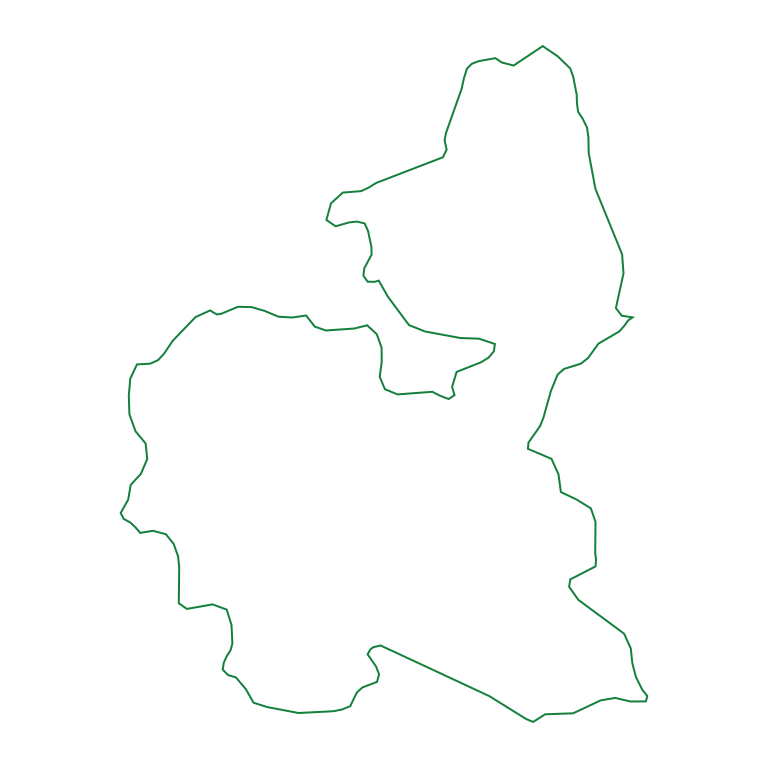 Bauchi, Albers equal-area conic projection
{"feature_id": "NGA-2858", "entity_name": "Bauchi", "entity_type": "State", "adm_level": 1, "iso_a3": "NGA", "parent_name": "Nigeria", "parent_adm1": "", "projection": "albers", "projection_center": [9.972, 11.0], "detail": "fine", "context": "isolated", "style": "outline", "palette": "green", "viewbox_px": 768, "rotation_deg": 0, "n_neighbors": 0, "source": "natural_earth", "source_scale": "10m", "svg_char_len": 2226}
<svg xmlns="http://www.w3.org/2000/svg" viewBox="0 0 768 768"><path d="M630.5,701.5L615.2,697.9L600.6,700.4L573.2,713.3L545.1,714.3L533.2,721.9L526.3,719.1L489.3,696.1L380.6,645.5L373.6,647.1L370.5,649.2L367.6,654.3L376.1,666.6L379.1,674.5L377.0,681.9L362.5,687.4L356.9,692.4L350.2,706.2L342.3,709.4L333.7,711.2L298.6,713.0L267.3,707.1L253.5,702.7L245.9,689.2L236.0,677.5L228.0,675.0L222.7,669.6L223.8,662.6L226.8,656.1L230.6,650.1L232.4,643.4L231.5,625.0L226.7,609.6L212.6,604.4L186.9,608.9L178.8,603.3L179.2,567.4L178.1,556.4L173.7,544.0L165.9,534.2L152.9,530.8L140.2,532.9L135.5,527.4L130.3,522.5L123.7,518.9L120.7,513.0L128.2,499.6L130.7,484.9L140.9,473.8L147.2,459.1L145.7,443.6L135.6,431.4L129.4,414.3L128.8,395.5L130.3,378.6L137.0,364.4L150.2,363.7L158.1,360.1L164.1,353.6L172.8,340.7L195.5,317.1L210.2,310.4L213.5,312.6L217.3,314.5L221.4,313.7L238.0,306.8L251.5,307.1L264.6,310.9L278.4,316.7L292.4,317.5L306.1,315.5L314.8,326.6L325.9,330.5L354.4,328.5L367.1,325.3L376.8,334.2L381.6,347.8L381.7,362.3L379.7,376.8L384.9,389.2L397.5,394.4L432.3,391.8L440.0,395.7L448.6,399.0L454.5,395.2L452.1,387.0L456.6,371.9L481.0,362.3L488.6,357.6L493.9,351.3L494.9,344.0L479.0,338.7L460.2,338.0L425.1,331.5L409.0,325.1L387.9,296.7L378.7,280.6L374.9,281.8L367.7,281.7L363.4,275.7L364.3,268.3L371.6,254.6L371.4,246.9L368.0,230.8L364.6,223.4L357.0,221.6L349.1,222.4L335.7,226.3L326.4,220.0L331.0,203.3L342.8,192.6L361.3,191.1L368.7,187.6L376.0,183.0L443.0,157.2L446.6,149.6L444.6,140.3L446.0,133.0L461.8,88.3L463.9,78.3L467.0,68.6L472.0,63.7L478.8,61.1L495.4,58.2L502.1,62.6L513.7,65.5L542.7,46.1L557.7,56.3L570.3,68.5L573.3,77.1L576.7,94.8L577.0,103.8L578.1,111.7L582.7,118.8L587.0,127.5L588.4,137.2L588.7,152.9L595.4,188.8L622.1,254.3L623.5,273.4L615.9,308.1L621.8,315.7L632.5,317.4L628.0,320.6L624.4,325.7L619.2,331.5L598.5,343.6L588.0,358.1L580.8,363.7L564.0,368.9L557.6,374.6L550.8,391.3L543.4,417.8L540.0,426.2L528.5,442.5L527.9,448.8L551.5,458.9L558.5,474.4L560.9,492.1L576.7,499.6L590.9,508.4L595.5,521.9L595.2,553.2L596.1,559.9L595.5,566.4L570.3,579.4L569.1,586.8L578.3,599.8L624.1,633.7L630.8,648.5L632.3,663.0L635.9,676.9L642.3,689.8L647.3,696.0L645.9,701.4L630.5,701.5Z" fill="none" stroke="#15803d" stroke-width="2"/></svg>